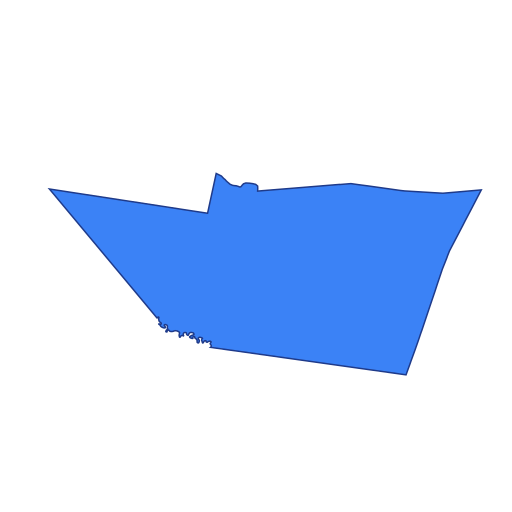 outline of Boven Digoel, Papua, Indonesia, rotated 98°
{"feature_id": "22746128B21273779065212", "entity_name": "Boven Digoel", "entity_type": "district", "adm_level": 2, "iso_a3": "IDN", "parent_name": "Indonesia", "parent_adm1": "Papua", "projection": "equal_earth", "projection_center": [140.719, -6.154], "detail": "fine", "context": "isolated", "style": "filled", "palette": "blue", "viewbox_px": 512, "rotation_deg": 98, "n_neighbors": 0, "source": "geoboundaries", "source_scale": "gbopen_adm2", "svg_char_len": 5076}
<svg xmlns="http://www.w3.org/2000/svg" viewBox="0 0 512 512"><g transform="rotate(98 256 256)"><path d="M331.1,345.4L330.5,345.0L330.3,344.7L330.1,344.3L330.0,344.0L330.1,343.8L330.6,343.6L330.8,343.7L331.5,343.7L332.1,343.6L333.0,343.3L333.7,343.0L333.8,342.9L334.1,342.8L334.3,342.6L334.6,342.3L334.7,342.1L334.8,342.0L334.9,341.8L335.0,341.4L335.3,341.0L335.4,340.8L335.5,340.7L335.9,340.5L336.0,340.4L336.4,340.4L336.6,340.5L336.9,340.9L336.9,341.1L337.0,341.4L336.9,341.6L336.8,341.9L336.7,342.2L336.7,342.4L336.7,342.6L336.9,342.8L337.1,342.7L337.2,342.4L337.3,342.3L337.4,342.0L337.4,341.9L337.6,341.7L337.8,341.4L338.0,341.2L338.4,340.9L338.6,340.8L338.9,340.5L339.0,340.3L339.3,339.9L339.5,339.5L339.6,339.0L339.7,338.8L339.9,338.1L340.0,337.7L340.0,337.3L340.0,337.0L340.0,336.6L339.9,336.2L339.6,335.9L339.3,335.9L339.0,336.0L338.8,336.0L338.4,336.3L338.2,336.5L337.6,337.2L337.0,337.2L336.9,337.1L336.7,336.9L336.5,336.4L336.5,336.0L336.5,335.7L336.6,335.3L336.7,335.1L336.8,334.8L336.9,334.6L337.0,334.4L337.4,334.1L337.7,334.0L338.0,333.9L338.3,333.9L338.6,333.9L338.8,333.9L339.1,333.9L339.6,333.9L339.7,333.7L340.0,333.5L340.2,333.4L340.3,333.3L340.5,333.3L340.9,333.5L341.1,333.7L341.4,333.9L341.6,334.2L341.9,334.4L342.1,334.5L342.5,334.6L342.9,334.8L343.3,334.8L343.5,334.7L343.6,334.4L343.7,334.2L343.6,333.9L343.5,333.6L343.4,333.6L343.1,333.6L342.8,333.5L342.6,333.5L342.3,333.4L342.0,333.3L341.7,332.9L341.5,332.4L341.6,332.0L341.7,331.8L341.9,331.6L342.1,331.4L342.3,331.1L342.5,330.9L342.6,330.5L342.6,330.2L342.6,329.7L342.6,329.3L342.5,329.0L342.3,327.9L342.1,327.6L342.0,327.3L341.8,327.0L341.5,326.4L341.4,326.1L341.2,325.7L341.2,325.1L341.2,324.7L341.2,324.2L341.2,323.6L341.4,323.1L341.5,322.7L341.7,322.1L341.8,322.0L342.1,321.4L342.4,321.2L342.6,321.0L343.0,321.0L343.5,321.0L343.9,321.1L344.2,321.1L344.6,321.1L344.8,321.1L345.3,321.1L345.7,320.9L345.8,320.9L346.1,320.8L346.5,320.7L347.0,320.4L347.0,320.1L346.9,319.8L346.4,319.6L346.1,319.5L345.8,319.3L345.5,319.1L345.3,318.9L345.2,318.7L345.1,318.3L345.0,317.8L345.1,317.2L345.2,316.7L344.9,316.6L344.6,316.7L344.2,317.0L343.9,317.1L343.3,317.2L342.8,317.1L342.2,316.8L341.9,316.4L341.6,315.7L341.6,315.2L341.6,314.8L341.7,314.5L341.8,314.3L342.1,314.1L342.5,314.0L342.9,314.0L343.1,313.9L343.4,313.7L343.7,313.3L344.0,312.6L344.0,312.2L343.8,312.0L343.5,311.8L343.2,311.8L343.0,311.7L342.5,311.7L342.0,311.5L341.7,311.2L341.4,311.0L341.3,310.9L341.1,310.6L340.9,310.4L340.9,310.1L340.8,309.9L340.8,309.7L340.7,309.4L340.7,308.6L340.9,307.6L341.0,307.2L341.3,307.0L341.5,306.8L342.1,306.5L342.3,306.6L342.6,306.7L342.7,307.0L342.9,307.3L343.3,307.9L343.4,308.2L343.6,308.6L343.8,308.9L344.0,309.2L344.3,309.5L344.6,309.7L344.9,310.0L345.1,310.3L345.2,310.5L345.4,310.5L345.7,310.3L345.9,310.1L346.1,309.7L346.3,309.2L346.4,308.6L346.5,308.2L346.5,307.7L346.5,307.4L346.4,307.1L346.2,307.1L345.8,307.1L345.3,307.2L344.9,307.1L344.5,306.8L344.4,306.4L344.4,306.1L344.4,305.7L344.6,305.5L345.0,305.4L345.5,305.2L345.8,304.9L346.0,304.7L346.1,304.4L346.7,303.4L347.3,302.9L348.0,302.5L348.4,302.5L348.8,302.4L349.1,302.4L349.6,302.3L349.7,302.2L350.0,301.8L350.1,301.5L350.1,301.1L350.0,300.8L349.7,300.6L349.4,300.5L348.6,300.3L348.1,300.3L347.7,300.3L347.4,300.4L347.0,300.7L346.7,301.0L346.4,301.4L345.8,301.7L345.6,301.7L345.2,301.7L344.9,301.4L344.6,301.1L344.5,300.8L344.4,300.6L344.3,300.4L344.3,300.0L344.3,299.7L344.3,299.3L344.4,298.9L344.5,298.5L344.5,298.3L344.7,298.0L344.8,297.8L345.0,297.6L345.4,297.9L346.0,298.1L346.7,298.1L347.3,298.0L347.8,297.7L348.3,297.4L348.7,297.3L349.5,296.8L349.5,296.5L349.1,296.1L347.9,295.7L347.6,295.4L347.2,295.2L347.0,294.8L346.9,294.2L346.9,293.9L347.0,293.7L347.4,293.6L347.6,293.5L347.8,293.5L347.9,293.4L348.1,293.2L348.2,292.5L348.1,292.1L347.5,291.5L347.2,291.1L346.8,290.2L346.8,289.7L346.8,289.2L347.0,288.9L347.2,288.6L347.5,288.6L347.8,288.6L348.2,288.8L348.5,289.0L349.0,289.2L349.4,289.1L349.7,288.9L350.1,288.4L350.9,287.9L351.4,287.8L352.1,287.9L352.3,288.0L352.7,288.1L352.8,288.2L352.8,203.0L352.8,188.6L352.8,185.0L352.8,170.3L352.8,158.7L352.8,151.4L352.8,147.0L352.8,139.1L352.8,130.4L352.8,90.9L341.0,88.4L338.9,88.0L327.2,85.5L319.2,83.9L314.1,82.9L312.9,82.7L309.2,82.0L306.4,81.4L282.7,77.0L280.0,76.5L265.8,73.8L258.4,72.5L252.0,71.3L242.9,69.6L236.4,68.0L231.0,66.7L229.4,66.4L224.0,65.1L196.5,55.3L192.4,53.9L181.8,50.1L180.4,49.6L159.2,42.1L167.8,79.5L167.9,80.4L170.9,118.1L170.9,118.6L171.0,121.9L171.0,154.6L171.1,164.3L171.1,172.1L173.6,183.2L173.5,183.3L182.9,225.1L190.5,259.1L191.5,263.4L188.6,263.7L186.5,264.1L185.1,266.3L184.8,269.3L184.8,272.5L185.1,276.2L186.2,278.4L187.7,279.5L188.6,280.0L189.6,280.7L189.9,281.8L189.5,283.4L189.2,285.5L189.3,286.7L189.3,288.9L189.1,289.6L188.8,290.8L188.4,292.0L187.6,293.1L186.7,294.6L185.7,296.0L184.9,296.9L184.7,297.1L183.7,298.8L181.6,301.4L179.8,306.9L220.4,309.9L220.1,335.4L220.1,335.6L219.8,356.4L219.3,399.1L218.7,447.1L218.4,469.9L286.4,394.8L286.5,394.7L290.9,389.8L330.8,345.8L331.1,345.4Z" fill="#3b82f6" stroke="#1e3a8a" stroke-width="1.5"/></g></svg>